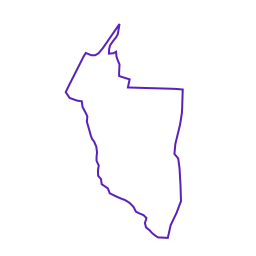 Kamukunji, Nairobi, Kenya (orthographic projection), rotated 104°
{"feature_id": "3690345B2174573011329", "entity_name": "Kamukunji", "entity_type": "district", "adm_level": 2, "iso_a3": "KEN", "parent_name": "Kenya", "parent_adm1": "Nairobi", "projection": "orthographic", "projection_center": [36.857, -1.275], "detail": "fine", "context": "isolated", "style": "outline", "palette": "violet", "viewbox_px": 256, "rotation_deg": 104, "n_neighbors": 0, "source": "geoboundaries", "source_scale": "gbopen_adm2", "svg_char_len": 1120}
<svg xmlns="http://www.w3.org/2000/svg" viewBox="0 0 256 256"><g transform="rotate(104 128 128)"><path d="M225.0,62.8L212.1,63.1L205.0,61.7L198.9,60.4L186.1,58.9L170.6,63.3L154.8,68.2L145.4,71.9L141.9,76.7L132.0,78.2L112.6,78.3L107.4,78.7L100.1,79.4L96.4,80.1L77.4,84.2L78.7,92.1L88.7,137.9L80.4,138.2L80.1,143.9L79.7,149.2L76.5,150.0L68.4,151.6L64.4,154.6L61.2,156.6L56.9,158.0L59.1,160.4L60.4,164.5L56.0,165.4L52.1,165.4L47.4,163.6L42.8,161.5L39.3,160.6L29.1,161.4L46.7,168.0L56.5,171.7L62.7,174.7L65.4,177.5L66.3,181.1L65.4,187.1L69.4,188.4L77.4,190.2L101.0,195.6L108.3,197.1L112.9,192.0L113.4,188.0L113.7,183.5L113.3,179.3L118.6,177.2L123.8,172.5L126.7,170.2L131.7,169.5L135.9,167.1L140.2,164.6L144.3,162.3L147.2,160.3L149.4,157.6L153.7,154.3L159.0,152.2L163.8,151.5L167.4,150.6L171.5,147.3L176.5,146.9L181.6,145.4L184.1,141.9L188.9,139.9L191.5,132.9L195.7,130.0L196.7,125.7L197.5,121.6L198.2,117.3L198.6,113.5L200.3,108.3L203.2,103.6L207.3,100.0L208.1,96.3L208.8,91.8L210.9,88.3L216.1,88.6L220.1,86.5L222.0,82.3L224.3,78.9L225.6,76.0L226.9,72.6L225.0,62.8Z" fill="none" stroke="#5b21b6" stroke-width="2"/></g></svg>